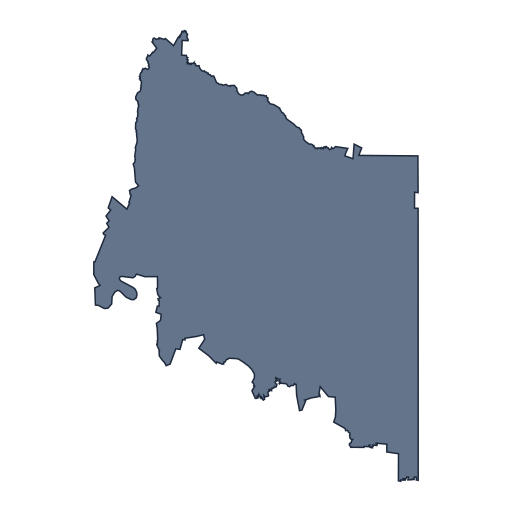 outline of Balancán, Tabasco, Mexico
{"feature_id": "50627088B87279423420052", "entity_name": "Balancán", "entity_type": "district", "adm_level": 2, "iso_a3": "MEX", "parent_name": "Mexico", "parent_adm1": "Tabasco", "projection": "equal_earth", "projection_center": [-91.389, 17.796], "detail": "fine", "context": "isolated", "style": "filled", "palette": "slate", "viewbox_px": 512, "rotation_deg": 0, "n_neighbors": 0, "source": "geoboundaries", "source_scale": "gbopen_adm2", "svg_char_len": 5979}
<svg xmlns="http://www.w3.org/2000/svg" viewBox="0 0 512 512"><path d="M112.1,196.7L108.2,207.9L110.7,210.0L106.0,216.1L109.1,220.8L106.7,223.3L109.0,227.3L103.2,232.9L103.6,234.2L105.6,235.3L94.9,262.0L93.8,261.9L93.8,274.6L98.3,283.2L100.1,285.5L94.8,287.8L95.4,305.1L98.5,305.4L104.3,308.5L108.0,308.2L111.7,303.9L112.1,296.5L114.7,292.3L117.3,290.4L119.1,290.7L120.5,291.6L126.0,297.1L131.0,299.5L133.8,299.7L136.2,297.8L136.9,295.4L136.9,293.6L136.4,291.6L134.9,288.9L132.8,287.3L120.9,281.0L119.5,279.2L119.4,278.0L120.1,276.8L121.9,276.4L132.9,277.8L135.1,276.4L136.4,274.1L145.0,276.7L157.4,276.6L157.6,287.3L157.3,288.4L156.7,288.5L157.8,294.5L159.1,296.4L160.6,297.7L158.1,298.6L158.5,299.1L158.2,300.1L159.2,300.5L159.1,306.1L157.4,306.1L155.8,312.3L161.2,314.3L160.5,320.4L156.4,323.4L157.2,328.4L157.7,339.5L157.3,340.6L157.4,344.1L156.8,344.2L156.9,345.0L159.5,350.9L159.1,351.2L159.3,355.9L162.2,360.1L164.7,362.7L166.1,365.7L170.2,364.0L175.8,348.8L180.0,349.4L182.7,339.6L185.0,339.9L184.8,338.3L196.8,336.4L203.5,334.7L204.7,339.3L198.8,348.3L208.6,355.6L216.2,363.3L216.6,362.0L222.4,364.2L223.7,364.0L223.8,362.2L225.0,362.1L226.5,359.4L227.7,359.4L228.9,358.2L237.1,358.7L238.9,359.3L243.2,362.1L248.5,366.0L251.7,369.4L254.1,373.4L254.5,375.4L254.3,378.1L252.1,382.1L253.7,383.7L254.1,385.2L253.6,385.9L254.7,386.4L252.0,390.5L252.1,391.1L255.3,398.4L256.8,398.4L257.0,397.3L257.9,397.8L258.0,397.1L257.4,396.5L258.3,396.6L258.0,395.8L258.7,394.4L258.8,395.0L259.5,395.2L259.3,396.4L259.6,396.0L260.7,396.5L260.2,397.7L260.6,398.0L261.3,397.4L261.4,398.5L262.4,398.2L262.6,399.5L263.3,400.1L264.6,399.2L263.9,395.5L265.2,396.9L268.1,396.2L268.6,395.4L267.8,392.7L268.0,392.0L269.1,391.5L268.8,390.8L269.0,389.5L270.2,389.4L270.2,390.4L271.6,390.7L271.4,388.6L271.8,389.2L272.2,388.1L273.7,388.1L274.6,386.5L275.8,387.1L276.5,386.1L276.9,384.2L276.0,383.9L275.0,382.0L275.8,380.9L276.6,381.1L277.2,380.7L277.0,379.9L275.5,378.5L276.0,377.6L277.8,379.0L280.1,379.2L278.7,381.0L280.1,381.6L279.1,383.5L279.3,383.9L280.4,383.2L285.7,383.7L287.1,384.4L287.7,386.0L289.5,386.7L291.1,385.5L293.4,385.5L294.5,383.6L295.1,384.3L296.1,384.4L296.6,395.1L299.5,410.6L301.9,410.1L305.6,401.1L305.7,400.7L304.7,400.1L311.7,397.8L318.0,396.8L318.5,396.2L320.0,396.6L319.6,394.2L318.9,394.1L320.2,386.7L328.5,396.6L335.2,397.2L335.8,410.3L335.4,417.1L333.7,422.1L344.6,428.2L345.2,428.8L345.6,430.6L347.7,430.5L348.5,432.2L349.7,432.9L350.0,433.5L349.6,435.5L350.1,438.3L351.2,439.3L352.7,439.5L351.6,440.8L351.2,442.6L349.5,443.5L349.4,445.2L350.6,446.5L350.7,447.3L364.0,447.4L364.0,446.4L369.0,446.7L368.9,445.2L370.0,445.1L370.1,447.4L372.3,447.8L372.1,446.6L373.1,446.5L372.8,445.0L376.2,445.5L376.2,443.0L377.1,443.2L377.3,443.8L377.4,443.3L386.8,444.2L386.8,452.0L398.5,453.7L398.4,480.8L400.7,481.3L400.7,480.0L402.7,480.1L403.0,478.7L404.7,478.8L404.2,480.1L405.2,480.1L407.0,476.8L408.5,477.0L407.9,479.9L412.1,479.7L412.1,479.2L414.1,479.5L414.2,477.1L416.3,477.3L416.3,480.0L418.2,480.3L418.1,208.3L414.5,208.2L414.6,192.2L418.1,192.7L417.9,155.9L358.8,155.4L361.7,147.9L354.1,144.1L353.0,158.7L345.0,155.9L345.6,153.3L347.8,148.4L335.4,146.6L333.6,148.5L332.7,148.5L331.6,147.4L331.1,149.0L329.5,149.7L328.2,147.8L327.4,147.9L326.4,146.5L325.3,146.6L325.3,147.7L323.8,147.0L323.1,148.8L321.9,147.6L321.0,148.7L320.3,147.8L318.6,148.2L318.1,147.8L317.6,148.8L316.3,148.1L315.3,148.5L314.8,147.2L313.7,146.6L313.8,145.8L313.3,146.0L312.5,144.7L310.9,144.0L309.3,144.2L305.2,141.2L303.7,139.3L303.6,136.5L303.1,136.1L302.5,134.1L301.5,133.0L301.5,130.7L300.7,129.4L300.2,129.3L299.3,127.9L296.4,126.8L293.8,124.1L286.7,119.0L285.5,116.8L285.6,115.8L284.9,115.5L283.5,113.3L281.8,112.3L279.7,108.7L279.8,108.2L273.8,104.6L270.2,103.8L269.1,102.6L269.1,102.1L268.0,101.4L267.5,100.6L267.9,100.2L267.9,97.9L266.8,97.6L266.3,95.8L264.7,95.9L263.7,95.2L263.2,95.5L261.5,95.0L260.6,95.3L260.0,94.8L257.3,95.0L254.2,92.3L251.8,91.2L249.7,91.8L248.2,93.7L247.3,92.9L245.0,93.1L243.2,94.9L240.7,95.0L238.3,93.5L237.7,91.8L237.0,91.1L236.8,88.3L234.3,85.4L231.0,85.5L230.5,86.2L230.1,85.7L228.4,86.0L226.0,84.4L222.9,85.3L222.2,84.6L218.8,84.1L218.2,83.3L216.6,82.7L213.9,76.3L213.1,75.8L211.7,76.5L210.2,74.7L208.3,74.4L208.1,73.0L207.0,72.9L206.5,72.1L205.1,72.0L204.5,70.9L202.3,71.2L199.8,68.4L199.1,65.7L196.0,65.7L195.3,63.6L193.7,63.5L194.0,62.5L192.6,63.5L191.5,63.3L191.2,64.2L190.6,63.5L189.8,64.2L189.3,63.4L188.5,63.6L188.7,63.0L188.4,62.8L187.2,63.5L187.1,62.3L188.2,62.4L187.4,61.2L188.1,60.0L186.8,59.3L187.8,57.6L186.6,57.0L186.4,55.4L181.6,55.1L182.2,40.4L188.0,40.7L188.2,40.0L186.8,36.6L187.6,34.3L186.4,33.0L186.0,31.2L184.7,30.7L184.7,31.6L184.0,31.3L183.3,32.0L182.9,31.8L183.0,31.2L181.9,31.4L181.6,33.0L181.1,33.5L181.3,34.2L179.9,35.3L180.2,35.6L179.9,35.8L180.0,37.0L179.2,37.6L178.8,36.8L178.1,37.4L173.6,45.7L165.4,38.5L164.1,39.4L160.1,38.1L159.5,38.7L159.0,37.9L157.7,39.1L156.5,39.3L154.1,38.0L153.2,38.5L152.7,40.0L152.8,41.4L152.0,41.9L156.7,48.2L153.3,52.6L152.7,52.2L149.9,55.9L147.9,55.1L148.0,56.1L147.3,56.5L147.1,57.5L146.4,58.3L146.5,59.8L148.1,61.6L147.9,62.6L148.8,64.4L148.4,66.1L149.1,66.5L149.0,68.3L147.7,69.4L145.3,68.2L143.5,69.3L142.9,68.7L141.9,70.8L142.0,71.7L141.0,72.5L140.1,74.3L140.0,75.8L139.4,76.4L140.2,77.1L139.7,78.3L140.3,78.1L140.0,79.9L141.0,80.6L141.5,83.0L140.9,85.6L141.2,86.5L140.6,88.3L140.9,88.7L140.3,91.1L137.6,92.8L135.7,96.9L135.9,99.6L137.7,101.1L137.7,102.0L138.2,102.6L138.0,104.0L138.7,104.6L138.5,105.7L138.8,106.4L138.2,107.2L137.5,111.9L138.0,113.9L137.6,114.7L137.8,116.2L136.5,118.9L137.0,119.6L137.0,120.7L135.7,122.9L135.5,128.9L136.6,130.9L136.1,131.6L136.7,133.5L136.6,135.2L137.2,140.0L136.9,142.6L135.3,147.6L135.7,149.7L134.7,156.5L135.4,158.9L135.0,159.4L135.0,161.8L133.2,164.0L134.4,167.9L135.5,182.0L138.6,185.8L135.6,188.0L131.9,189.0L129.5,190.5L130.2,194.6L131.2,195.2L128.9,202.5L129.6,203.0L126.9,209.2L112.1,196.7Z" fill="#64748b" stroke="#1e293b" stroke-width="1.5"/></svg>